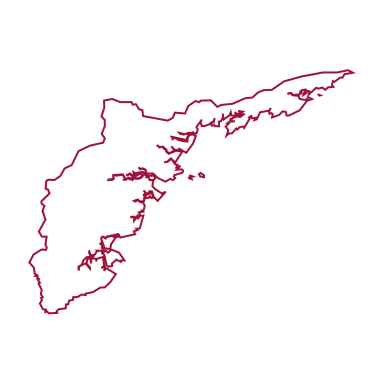 Chimán, Panama, rotated 268°
{"feature_id": "35544464B77080496682008", "entity_name": "Chimán", "entity_type": "district", "adm_level": 2, "iso_a3": "PAN", "parent_name": "Panama", "parent_adm1": "", "projection": "robinson", "projection_center": [-78.645, 8.659], "detail": "fine", "context": "isolated", "style": "outline", "palette": "rose", "viewbox_px": 384, "rotation_deg": 268, "n_neighbors": 0, "source": "geoboundaries", "source_scale": "gbopen_adm2", "svg_char_len": 6049}
<svg xmlns="http://www.w3.org/2000/svg" viewBox="0 0 384 384"><g transform="rotate(268 192 192)"><path d="M286.5,107.3L279.5,107.3L270.7,104.2L267.1,107.3L261.0,107.2L253.1,103.8L248.7,106.8L244.4,104.9L241.9,91.7L236.8,80.0L223.1,72.7L220.0,65.5L212.6,61.0L208.8,55.0L209.3,48.6L207.9,46.7L200.4,45.8L199.5,48.2L195.4,49.5L188.0,41.2L185.7,41.2L183.2,44.1L178.3,41.9L169.6,44.6L157.8,37.6L152.6,40.4L152.5,45.1L144.3,43.7L141.5,44.9L139.2,44.0L139.8,39.7L135.1,31.5L127.1,27.0L121.8,31.4L115.9,31.9L114.4,34.0L113.5,32.6L112.9,35.0L110.8,34.3L110.5,36.1L108.9,35.2L106.6,36.9L105.8,35.5L99.4,38.4L95.1,37.3L92.2,39.2L91.3,37.4L89.3,38.3L85.8,36.1L80.1,38.9L79.5,41.8L76.4,40.8L78.2,42.4L75.7,44.8L75.9,53.1L77.7,52.6L79.5,54.9L80.2,61.7L84.0,62.2L84.0,64.3L87.7,65.4L88.4,69.4L91.0,69.6L91.1,74.1L93.3,77.9L92.7,82.1L94.1,82.1L95.4,89.5L99.7,97.1L99.7,101.4L104.8,107.2L112.7,113.1L119.1,103.1L116.2,101.5L120.3,102.2L119.3,98.9L121.6,101.8L130.1,100.7L128.6,94.6L125.9,93.7L128.5,94.2L129.2,88.9L124.1,88.8L128.9,88.0L128.9,85.1L124.1,84.1L120.0,87.5L118.9,87.4L124.3,83.2L121.8,77.0L117.5,76.0L121.3,75.9L123.2,79.3L127.7,81.2L130.5,84.4L131.1,92.2L132.5,88.0L135.5,86.8L136.2,87.3L132.9,88.2L132.2,90.2L133.1,93.0L136.3,94.8L135.9,96.7L136.7,95.7L136.4,100.6L138.8,101.0L139.7,99.0L139.4,101.0L140.6,101.1L144.4,97.9L141.3,101.0L149.5,99.4L138.9,102.6L137.8,108.4L142.4,109.2L148.7,113.8L150.9,110.8L149.9,105.2L148.5,104.0L150.3,101.4L149.5,99.7L150.4,100.6L150.4,102.0L148.9,103.7L150.3,105.0L151.5,111.0L149.6,116.0L151.0,117.2L152.2,114.8L152.5,117.0L149.0,118.7L151.8,133.7L154.7,132.5L155.8,136.1L157.2,135.1L157.3,138.5L170.1,142.6L170.1,139.4L166.7,136.5L170.2,138.8L170.4,137.4L165.3,133.1L169.0,133.3L168.7,131.1L169.3,129.6L169.4,132.9L168.1,134.4L170.6,137.1L170.7,139.5L173.6,138.2L174.0,142.4L175.2,141.4L175.2,142.9L179.6,144.3L182.9,143.1L183.8,139.6L185.7,137.6L184.4,135.0L185.2,133.7L186.4,137.4L184.2,140.2L184.8,143.9L187.1,143.9L187.7,148.3L189.3,149.7L187.4,151.1L187.7,153.1L192.7,151.6L190.6,146.1L189.2,146.0L190.7,145.6L189.3,145.3L188.8,144.4L191.4,145.2L190.0,143.1L192.8,145.4L195.3,143.6L191.3,147.1L194.3,149.8L194.0,152.0L188.3,153.8L184.3,157.3L193.1,165.7L191.6,161.8L196.0,155.5L199.0,152.7L205.0,153.5L205.3,150.4L209.1,148.0L207.7,146.0L209.3,148.1L205.5,150.6L205.3,154.2L207.1,155.6L209.9,154.2L209.5,149.5L211.2,144.3L209.2,143.0L207.5,141.0L207.0,138.2L207.5,134.5L205.4,132.0L207.8,134.2L207.7,140.8L211.2,143.2L212.2,140.7L206.8,130.6L207.7,128.2L206.5,125.8L206.7,123.2L206.8,126.1L211.5,123.3L211.0,116.7L211.4,114.2L211.0,113.8L208.3,114.3L207.6,113.9L206.7,112.5L207.2,109.1L205.8,108.3L207.5,109.0L207.7,113.8L211.6,113.8L212.1,123.4L207.2,126.3L208.5,129.3L207.5,131.2L213.4,140.8L210.2,132.7L212.3,130.1L210.8,128.2L211.7,126.8L211.2,128.3L212.8,130.6L210.5,133.2L212.5,135.1L213.4,134.3L213.9,134.2L212.8,135.8L213.9,142.9L212.1,146.6L215.2,146.5L217.0,143.5L216.5,140.7L218.7,139.6L216.8,140.9L217.4,143.4L215.9,146.4L211.9,147.4L211.9,153.8L207.0,158.5L203.3,166.0L205.9,170.6L204.5,173.4L206.6,175.8L208.0,174.4L209.5,175.1L211.7,183.2L213.7,183.8L215.0,182.5L214.8,177.4L218.5,181.3L217.3,177.3L219.8,178.3L220.2,176.2L225.8,172.5L223.0,168.5L222.7,165.1L223.1,168.2L226.3,172.0L222.1,176.3L232.9,183.8L233.7,177.3L231.0,170.1L233.4,167.5L234.9,167.7L235.9,165.9L238.3,163.8L237.6,161.0L240.1,158.4L237.9,161.4L238.5,164.1L235.2,168.0L233.4,168.0L231.5,170.9L234.4,176.0L238.3,172.8L234.7,176.3L234.5,180.3L235.7,180.7L231.4,187.6L240.4,194.7L247.8,197.8L249.5,194.8L249.1,192.1L247.2,189.8L242.8,189.2L243.7,188.0L242.7,187.7L244.3,180.5L246.8,176.9L244.9,173.5L247.1,176.1L248.3,172.2L244.2,187.9L250.8,191.4L249.7,185.5L250.7,181.9L251.6,181.3L250.0,186.8L251.4,190.9L250.8,194.3L252.3,195.3L250.8,195.1L250.3,198.4L254.2,200.0L256.8,198.7L264.1,204.5L261.9,203.0L257.8,203.9L257.4,206.8L259.3,212.2L260.7,213.4L261.5,215.8L265.0,217.3L261.3,216.3L259.3,212.9L257.5,214.3L258.3,216.6L257.0,217.2L256.7,221.4L261.4,221.3L261.9,223.6L266.2,225.8L269.3,225.4L263.4,226.2L267.2,232.1L270.3,233.5L267.3,233.9L266.5,237.2L268.1,238.3L266.5,237.9L267.6,239.4L270.2,237.4L268.1,240.3L270.0,243.4L271.5,241.1L270.5,245.6L267.3,240.6L266.4,242.0L268.1,245.8L267.8,246.5L265.2,242.6L266.0,239.6L263.7,233.2L262.0,232.6L263.3,234.6L261.6,233.4L261.1,237.3L261.1,232.2L259.5,229.8L259.2,231.1L256.2,227.9L252.5,230.5L247.3,228.6L249.1,230.7L249.3,234.1L253.9,238.4L252.8,239.4L255.1,241.8L255.7,245.5L254.2,246.4L263.7,252.4L264.6,251.6L265.9,253.8L263.5,254.7L263.9,258.3L261.7,257.0L262.3,259.2L269.3,262.8L270.6,271.6L273.2,273.8L270.0,271.7L267.5,272.1L268.1,274.2L266.9,275.4L263.7,274.6L265.9,281.7L269.5,285.5L268.6,288.7L265.1,289.2L265.1,291.7L269.9,302.5L279.0,310.0L280.7,315.2L282.9,311.1L279.9,309.6L280.7,304.9L281.6,302.5L284.3,302.1L285.2,295.8L287.4,294.5L287.0,293.5L287.3,292.5L286.8,291.9L286.9,291.6L287.1,291.6L287.4,292.5L287.4,294.8L285.5,295.9L285.8,302.9L288.5,303.8L287.2,304.9L290.0,305.3L290.4,308.8L285.1,306.8L287.1,310.0L289.3,310.3L288.5,312.9L285.3,312.0L291.8,319.8L290.9,322.0L291.8,325.9L289.5,328.7L291.9,331.9L292.1,336.9L294.3,335.6L298.0,336.8L297.1,338.2L301.2,344.1L301.1,346.4L304.4,348.5L305.6,357.0L308.3,352.1L306.4,341.5L306.9,327.2L303.6,305.4L299.4,288.0L291.3,275.3L291.3,267.3L289.2,261.5L284.3,255.7L283.9,248.6L278.7,235.4L278.0,224.3L276.2,220.3L283.0,214.0L283.0,204.2L281.5,202.4L282.8,198.7L278.1,191.3L270.7,187.7L271.9,177.7L266.8,175.4L264.2,170.3L269.6,145.7L275.5,145.3L276.6,141.9L281.7,139.0L281.4,135.7L283.9,134.8L284.3,123.6L287.7,115.5L286.5,107.3ZM137.2,109.7L134.4,105.8L136.8,103.4L136.0,100.8L134.4,99.6L136.0,102.9L133.8,100.3L132.3,102.1L121.8,104.1L120.2,105.9L120.9,109.7L123.2,109.5L127.0,114.1L124.6,118.5L126.0,118.8L126.0,122.1L133.9,117.0L137.2,109.7ZM210.8,201.1L209.5,199.6L207.2,200.7L206.4,204.5L208.4,204.5L210.8,201.1ZM208.6,190.7L205.9,189.5L204.9,192.2L206.9,191.3L207.4,193.5L208.6,190.7ZM284.1,323.7L285.0,322.0L284.8,321.8L283.9,322.6L284.1,323.7Z" fill="none" stroke="#9f1239" stroke-width="2"/></g></svg>